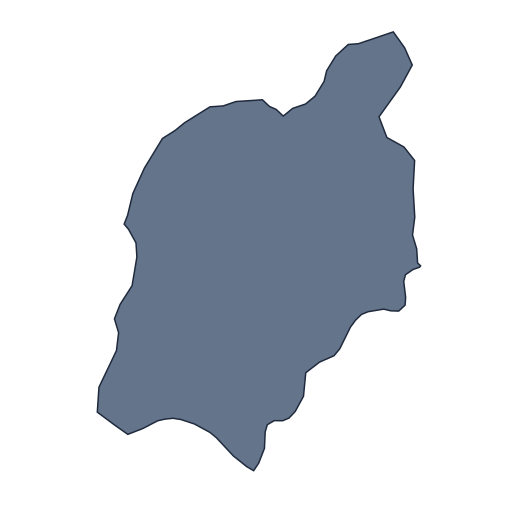 Kaechon City, P'yŏngan-namdo, North Korea, rotated 176°
{"feature_id": "82179303B11143169061479", "entity_name": "Kaechon City", "entity_type": "district", "adm_level": 2, "iso_a3": "PRK", "parent_name": "North Korea", "parent_adm1": "P'yŏngan-namdo", "projection": "albers", "projection_center": [125.98, 39.701], "detail": "fine", "context": "isolated", "style": "filled", "palette": "slate", "viewbox_px": 512, "rotation_deg": 176, "n_neighbors": 0, "source": "geoboundaries", "source_scale": "gbopen_adm2", "svg_char_len": 1280}
<svg xmlns="http://www.w3.org/2000/svg" viewBox="0 0 512 512"><g transform="rotate(176 256 256)"><path d="M103.4,470.0L112.9,467.5L126.1,464.0L139.3,460.6L149.2,460.6L162.5,450.0L172.6,435.9L175.9,425.4L186.0,411.3L195.9,404.2L209.1,400.7L219.1,393.7L225.6,400.8L232.2,404.3L238.7,411.4L242.0,411.4L248.6,411.4L265.1,411.5L278.3,408.0L291.5,408.0L304.7,401.0L318.0,393.9L327.9,386.9L341.1,379.8L351.1,365.7L361.1,351.6L374.5,326.9L381.2,305.7L385.3,297.0L381.3,291.5L374.8,277.4L374.9,263.3L378.3,249.1L381.7,235.0L394.9,217.3L401.6,203.2L398.4,189.1L401.8,171.4L411.8,153.7L421.8,136.1L425.2,111.3L408.8,97.2L396.3,87.0L380.7,91.9L365.5,98.5L358.5,99.6L350.1,99.9L342.3,98.1L329.1,92.7L314.2,83.2L308.4,77.7L292.4,58.0L279.8,46.4L273.3,42.0L267.7,49.3L261.0,63.5L259.1,79.9L256.5,86.9L249.3,90.5L240.9,89.8L234.4,92.0L227.7,98.2L218.4,112.8L214.5,136.1L200.2,145.6L197.6,146.6L185.1,151.1L178.9,157.6L166.8,178.4L161.2,185.0L154.8,190.4L148.0,192.6L132.3,194.1L125.3,191.9L117.5,191.1L110.7,196.6L109.6,204.3L110.4,220.3L108.2,226.9L100.3,231.6L93.6,233.4L92.5,234.7L95.3,237.8L95.2,251.9L98.4,266.0L94.9,283.7L94.6,312.0L91.1,340.2L100.8,354.4L117.2,365.1L123.6,386.3L100.2,414.5L86.8,435.6L93.2,453.3L103.4,470.0Z" fill="#64748b" stroke="#1e293b" stroke-width="1.5"/></g></svg>